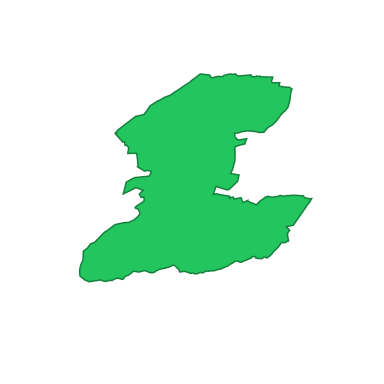 Ēveles pag., Burtnieku, Latvia, rotated 148°
{"feature_id": "27541924B74046079513035", "entity_name": "Ēveles pag.", "entity_type": "district", "adm_level": 2, "iso_a3": "LVA", "parent_name": "Latvia", "parent_adm1": "Burtnieku", "projection": "natural_earth1", "projection_center": [25.59, 57.723], "detail": "fine", "context": "isolated", "style": "filled", "palette": "green", "viewbox_px": 384, "rotation_deg": 148, "n_neighbors": 0, "source": "geoboundaries", "source_scale": "gbopen_adm2", "svg_char_len": 5919}
<svg xmlns="http://www.w3.org/2000/svg" viewBox="0 0 384 384"><g transform="rotate(148 192 192)"><path d="M329.3,173.7L328.9,173.4L328.3,172.5L327.8,171.8L327.6,171.5L327.1,170.7L326.5,170.2L326.2,170.1L325.9,170.0L324.9,169.7L324.0,169.2L321.4,168.2L320.0,167.5L318.8,166.9L316.7,166.2L316.2,165.8L315.7,165.2L314.3,163.4L313.6,162.9L312.8,162.0L312.5,161.9L311.5,161.5L310.4,161.3L309.7,161.1L309.1,160.9L308.6,160.5L307.5,159.8L306.6,159.3L303.9,159.2L300.7,158.4L299.9,157.7L299.1,156.6L297.5,154.9L296.8,154.7L296.4,154.6L295.9,154.7L294.8,155.4L294.1,155.7L293.0,155.7L292.3,155.6L290.5,155.2L289.0,155.2L287.9,155.2L284.8,155.7L283.5,155.6L282.9,155.3L282.5,154.9L281.3,154.0L280.6,153.2L280.2,152.8L279.2,152.2L278.1,151.9L277.0,151.4L276.3,151.2L274.5,150.8L273.6,150.2L273.3,149.9L272.9,149.3L272.6,149.0L271.1,146.9L270.2,145.9L269.5,145.3L269.2,144.9L268.3,144.4L267.3,144.1L266.3,143.9L264.7,144.0L261.3,143.8L260.9,143.7L260.0,143.5L257.1,142.4L254.4,141.5L253.9,141.3L253.2,141.2L252.3,140.7L251.4,140.5L250.6,140.4L248.6,140.3L247.5,140.1L246.5,139.7L246.2,139.4L245.7,138.7L245.2,137.7L245.2,137.2L245.1,136.6L244.8,135.9L245.0,135.6L244.9,135.1L244.6,134.5L244.3,134.0L244.0,133.7L243.9,133.6L244.6,132.1L244.7,131.3L244.8,130.9L244.7,130.6L242.6,129.7L241.2,129.0L240.2,128.6L239.7,128.1L239.5,127.6L239.3,127.2L238.5,126.8L238.3,126.5L237.1,124.6L236.3,123.8L235.8,123.5L235.5,123.3L234.9,123.3L234.4,123.0L234.1,122.7L233.5,121.7L232.4,120.7L230.6,119.8L230.1,119.7L229.6,119.7L228.5,119.7L227.9,119.6L226.8,118.7L226.4,118.2L225.8,117.8L225.3,117.7L224.8,117.8L223.6,117.5L222.3,117.4L221.8,117.2L220.4,116.6L220.2,116.1L219.2,115.7L217.4,115.0L216.9,114.7L216.5,114.5L216.2,114.0L215.3,113.8L214.2,113.3L213.4,113.0L212.6,113.0L211.5,112.7L210.9,112.4L207.7,111.2L205.8,111.2L202.9,110.6L201.3,110.3L199.8,110.3L198.3,110.5L196.9,110.4L193.8,110.2L192.6,110.5L192.1,110.5L191.6,110.4L191.1,110.1L189.2,108.4L189.0,107.8L188.7,107.2L187.8,106.6L187.0,106.2L184.8,106.1L184.0,105.9L182.0,105.4L180.0,105.2L179.2,105.0L178.0,104.8L177.0,104.6L176.6,104.6L175.6,105.2L175.3,105.3L173.8,104.7L173.4,104.4L172.8,103.0L172.8,102.3L172.8,101.9L172.4,101.7L172.1,101.6L170.9,100.3L169.0,99.0L168.3,98.6L167.8,98.4L167.5,98.4L167.0,98.6L166.4,98.7L166.0,98.8L165.7,98.7L165.2,98.5L164.7,98.2L164.4,97.8L163.5,96.4L163.2,96.3L162.9,96.4L162.4,96.4L161.6,96.4L159.8,96.5L159.0,96.7L157.3,97.1L156.6,97.3L155.1,97.9L153.2,98.5L149.4,99.2L147.2,99.9L146.9,100.0L145.8,100.4L143.4,101.6L142.8,101.6L142.5,101.6L142.0,101.2L141.6,100.9L141.3,100.4L139.3,99.6L137.6,99.7L136.5,99.4L136.1,99.3L133.7,105.0L133.3,106.1L129.5,107.8L130.4,112.7L123.8,110.1L100.6,120.0L97.1,121.4L97.3,121.5L94.0,123.0L95.5,123.9L96.4,124.5L96.5,124.6L97.1,125.1L97.5,125.5L98.1,126.0L98.5,126.3L98.8,126.7L99.1,127.1L99.2,127.4L99.2,127.5L99.6,128.1L99.6,129.7L103.1,132.3L106.9,135.0L108.4,135.8L110.2,136.9L110.9,137.3L112.3,137.7L113.4,138.8L116.4,139.6L118.9,142.3L119.2,142.5L119.6,142.5L121.0,142.7L121.3,142.7L121.6,142.7L122.0,143.0L124.2,144.0L125.9,144.6L126.7,145.2L127.7,145.9L129.3,147.5L129.9,147.9L130.4,148.2L130.4,148.3L130.7,148.5L130.8,148.5L131.6,148.5L132.3,148.7L133.1,148.6L133.5,148.6L135.2,148.5L135.4,148.4L135.9,148.3L138.4,148.4L138.7,148.4L139.6,148.2L139.9,148.1L140.2,148.1L143.0,147.2L143.9,147.2L144.6,147.4L144.9,147.6L145.7,149.4L146.3,150.1L147.8,151.9L149.4,154.4L149.4,155.1L149.2,155.3L154.4,156.1L154.0,158.4L153.4,161.1L160.2,163.9L159.7,165.9L163.5,167.1L162.2,168.1L164.2,170.2L166.4,172.0L172.4,177.6L175.2,178.7L168.7,184.0L166.7,181.6L161.0,175.1L159.2,174.5L152.8,175.8L147.9,176.8L147.6,177.0L143.1,181.5L149.5,187.2L145.7,189.6L144.5,190.7L144.0,191.1L141.3,193.7L139.1,195.7L136.0,200.4L133.3,204.8L133.7,205.3L130.9,207.6L127.7,206.6L125.7,206.2L124.3,205.5L121.7,205.0L121.7,204.9L117.4,208.2L120.9,209.7L121.0,209.7L125.3,211.6L126.5,215.6L124.7,219.4L122.2,217.9L116.3,216.2L112.9,214.6L108.1,211.3L107.5,210.6L106.0,209.5L104.9,208.5L104.2,207.4L102.7,206.4L99.4,204.6L93.5,206.4L91.6,206.4L89.3,206.4L88.7,206.2L82.7,207.5L82.2,207.7L76.2,210.1L74.3,210.8L72.4,211.2L70.0,211.5L67.9,212.2L65.9,212.9L60.8,217.5L59.7,218.8L56.8,222.4L55.1,224.4L52.6,226.3L54.0,229.3L57.8,231.8L62.1,235.9L59.7,238.2L62.2,239.8L66.3,242.2L65.8,243.9L62.6,246.6L72.6,253.2L72.7,253.9L75.9,255.8L75.8,256.1L77.4,256.3L80.3,258.3L80.0,260.2L81.7,260.9L87.5,263.9L90.2,265.3L91.9,266.4L92.6,269.2L95.1,270.1L97.0,271.9L103.4,274.1L104.8,273.4L108.6,276.3L111.9,277.3L114.5,278.4L115.5,280.1L114.9,281.3L115.6,282.3L122.4,287.7L134.3,286.7L134.8,286.5L135.5,286.2L137.8,286.3L141.4,286.2L141.6,286.3L146.8,286.0L154.2,285.9L159.1,285.6L165.7,286.9L170.1,286.9L173.1,287.4L182.0,287.3L186.9,284.9L192.0,283.2L199.8,286.0L222.4,283.8L226.0,282.4L225.0,281.8L226.0,281.2L224.2,270.8L222.5,270.4L224.1,267.1L222.8,266.8L222.6,265.3L222.0,263.3L223.3,261.9L226.0,258.7L218.5,254.2L219.2,252.5L219.8,250.8L220.0,250.6L220.9,248.6L224.3,242.0L224.8,242.1L224.7,241.8L221.1,234.8L218.4,233.9L216.8,232.6L215.6,230.8L219.8,228.1L226.1,231.2L233.3,234.7L233.8,234.6L235.2,234.8L236.1,234.9L242.6,235.2L246.8,231.0L251.3,226.8L241.0,225.7L237.3,225.5L232.6,219.4L237.5,218.2L237.9,218.0L237.9,214.1L235.5,213.3L236.1,211.8L236.6,210.9L237.2,210.1L237.6,209.9L237.9,209.7L238.3,209.6L238.6,209.6L246.2,209.5L247.6,209.2L248.1,209.2L248.3,208.9L248.5,208.5L248.5,208.1L248.3,207.9L248.0,207.5L247.7,207.4L246.8,206.7L247.0,203.2L246.9,202.7L247.2,202.0L248.2,201.0L248.8,200.5L251.9,199.7L256.4,199.0L260.4,199.7L261.7,199.6L264.0,201.1L266.4,202.2L272.2,204.3L274.2,205.0L274.7,205.1L282.6,204.4L284.8,204.1L285.1,204.2L285.6,204.4L288.1,204.1L288.8,204.0L301.3,200.9L305.5,201.8L310.5,199.8L315.5,199.4L320.5,192.0L322.9,190.5L325.1,189.0L325.3,188.9L325.9,188.2L328.8,185.2L329.0,184.8L330.0,183.0L331.4,180.4L331.4,179.5L329.3,173.8L329.3,173.7Z" fill="#22c55e" stroke="#15803d" stroke-width="1.5"/></g></svg>